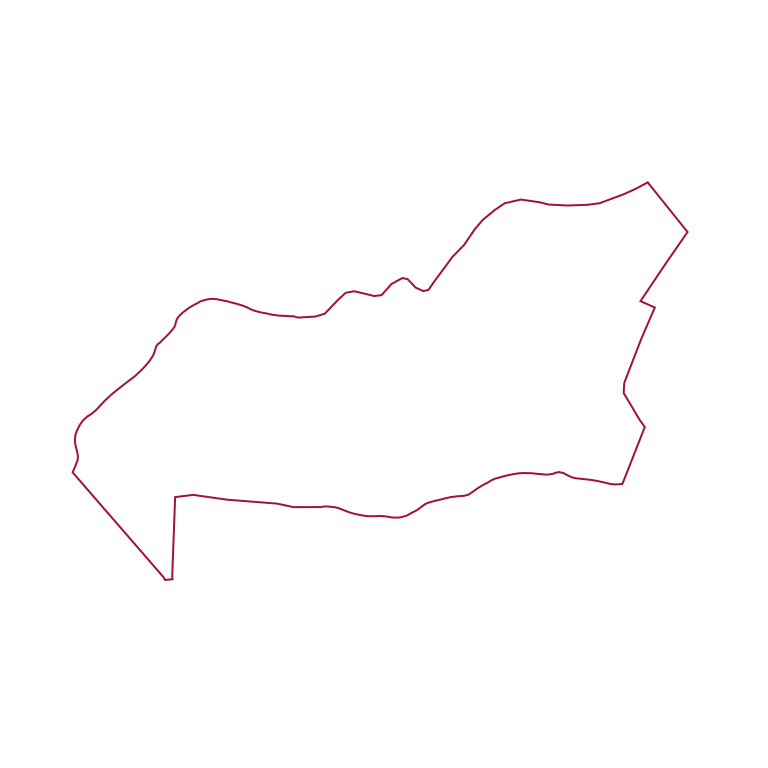 the district of Derierre Bois, Laborie, Saint Lucia, rotated 263°
{"feature_id": "8701671B73692307492725", "entity_name": "Derierre Bois", "entity_type": "district", "adm_level": 2, "iso_a3": "LCA", "parent_name": "Saint Lucia", "parent_adm1": "Laborie", "projection": "mercator", "projection_center": [-60.977, 13.768], "detail": "fine", "context": "isolated", "style": "outline", "palette": "rose", "viewbox_px": 768, "rotation_deg": 263, "n_neighbors": 0, "source": "geoboundaries", "source_scale": "gbopen_adm2", "svg_char_len": 2663}
<svg xmlns="http://www.w3.org/2000/svg" viewBox="0 0 768 768"><g transform="rotate(263 384 384)"><path d="M426.9,662.1L435.0,648.7L469.8,678.8L497.9,703.8L552.0,670.3L547.1,657.8L543.2,645.3L537.1,619.7L537.1,607.2L538.8,587.9L542.1,569.1L545.4,560.6L550.4,542.4L548.7,525.9L543.2,515.1L534.9,502.1L526.6,493.0L512.3,480.5L501.3,466.8L495.2,461.2L480.8,447.5L472.0,439.6L471.4,434.4L475.9,427.1L485.2,420.2L486.9,415.1L482.5,403.8L472.5,392.4L472.5,385.0L475.3,377.6L479.7,365.7L479.2,357.1L473.1,348.6L461.0,333.8L459.3,324.2L460.4,306.6L462.4,302.1L462.5,300.3L464.0,292.2L464.6,288.3L466.2,282.1L468.9,274.3L470.1,270.3L471.5,266.9L472.4,264.7L473.8,261.8L476.7,257.5L479.1,253.1L481.2,248.5L483.1,243.5L485.6,237.3L486.7,233.8L488.6,228.2L489.6,222.9L489.4,218.0L488.5,212.0L487.4,209.7L485.1,203.6L483.1,199.3L481.3,196.2L479.3,192.6L476.4,189.0L474.3,186.9L472.6,185.8L468.5,184.1L466.0,182.9L461.1,177.8L457.7,173.5L454.9,169.8L452.3,166.6L451.0,164.2L449.0,162.4L445.4,160.9L443.0,159.7L440.5,158.3L438.5,156.7L436.5,155.0L433.2,151.8L429.8,147.9L425.7,142.7L422.4,138.1L417.8,130.3L414.1,124.0L410.2,117.6L406.4,111.6L401.7,105.2L396.8,99.2L393.5,95.4L389.8,89.7L388.0,85.8L386.4,83.4L384.4,80.7L382.4,78.8L381.0,77.5L379.5,76.4L376.4,74.4L372.9,72.3L370.3,71.3L366.4,70.5L364.4,70.2L360.9,70.3L357.0,70.8L353.1,71.3L349.3,71.4L345.7,70.6L342.3,68.7L340.0,67.6L337.3,65.9L334.2,64.2L219.1,141.6L216.2,142.8L216.0,150.3L218.5,150.3L297.2,162.9L297.2,181.1L288.3,214.2L278.3,263.3L272.8,279.3L269.5,306.6L269.7,308.9L269.7,309.7L269.5,311.5L269.3,313.2L267.8,319.7L267.0,322.2L264.9,326.4L262.8,330.3L260.7,334.3L259.0,338.2L257.8,341.6L256.6,345.2L255.7,348.2L254.9,351.4L254.4,354.3L253.9,359.0L253.6,363.1L252.7,368.2L251.8,371.7L250.6,375.5L250.1,378.4L249.6,382.4L249.9,386.2L250.5,390.1L251.7,393.3L253.2,396.9L254.5,400.6L256.0,403.7L258.4,407.7L259.8,410.3L260.7,413.2L261.3,416.7L261.8,420.4L262.5,426.8L263.1,431.3L263.6,436.5L263.6,439.9L263.6,443.2L263.4,447.3L263.3,450.1L263.8,453.9L264.8,456.3L267.5,461.3L268.9,463.8L270.6,467.5L272.3,471.6L273.4,474.8L275.2,478.6L276.6,483.0L277.1,486.9L277.8,491.6L278.2,494.2L278.6,499.0L278.9,504.2L278.9,507.2L278.7,511.1L278.3,513.7L277.6,518.9L276.3,524.5L274.8,531.5L274.2,534.4L274.2,540.4L274.9,543.3L275.3,546.8L273.8,551.2L271.0,555.1L268.4,559.3L267.0,563.1L266.1,567.1L264.9,572.2L264.5,574.2L263.7,577.3L262.8,580.5L261.6,584.3L260.9,586.4L259.9,589.2L259.4,590.7L258.0,594.3L257.1,596.8L256.6,599.0L256.1,601.8L256.0,603.6L255.8,607.6L255.5,608.3L309.5,637.6L317.2,633.4L339.5,623.6L345.8,620.8L355.8,622.6L396.3,644.2L426.9,662.1Z" fill="none" stroke="#9f1239" stroke-width="2"/></g></svg>